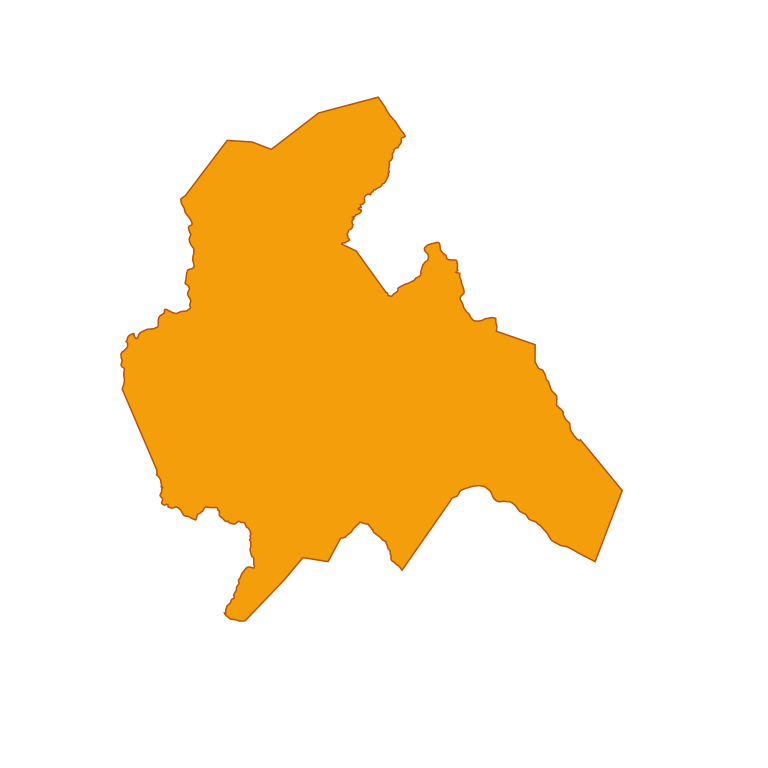 the district of Moroceli, El Paraíso, Honduras, rotated 108°
{"feature_id": "27666195B80695499331082", "entity_name": "Moroceli", "entity_type": "district", "adm_level": 2, "iso_a3": "HND", "parent_name": "Honduras", "parent_adm1": "El Paraíso", "projection": "orthographic", "projection_center": [-86.851, 14.169], "detail": "fine", "context": "isolated", "style": "filled", "palette": "amber", "viewbox_px": 768, "rotation_deg": 108, "n_neighbors": 0, "source": "geoboundaries", "source_scale": "gbopen_adm2", "svg_char_len": 6171}
<svg xmlns="http://www.w3.org/2000/svg" viewBox="0 0 768 768"><g transform="rotate(108 384 384)"><path d="M423.3,642.4L423.7,641.4L424.3,640.6L426.8,639.6L427.8,639.5L429.2,639.8L432.7,641.5L434.7,643.0L436.8,643.5L440.7,641.8L441.4,640.9L442.4,640.2L446.6,640.1L447.6,639.7L448.5,638.7L449.4,636.1L450.1,635.4L453.0,635.1L456.0,634.2L460.9,631.9L465.4,631.3L469.6,631.5L536.2,573.3L538.0,573.0L539.3,572.1L540.5,572.4L541.9,569.5L544.3,566.8L547.3,565.4L548.1,564.6L550.7,564.2L550.8,563.9L550.4,563.2L551.0,562.4L552.5,562.9L553.9,562.7L555.2,562.1L557.5,562.6L559.0,562.6L560.1,561.8L560.8,560.1L561.8,559.0L562.7,558.8L565.4,558.9L566.2,558.5L566.8,557.2L567.1,555.5L566.9,554.9L565.7,553.7L565.3,552.3L567.6,551.4L567.7,548.2L567.1,546.3L565.4,544.4L565.1,542.3L566.5,538.7L570.2,534.6L570.9,533.4L571.0,532.3L570.4,529.0L571.3,524.8L571.5,521.3L571.1,521.0L570.2,520.9L565.7,521.1L564.8,520.4L564.2,519.4L560.6,517.0L557.8,516.6L556.4,516.1L555.8,514.9L555.4,511.7L553.2,504.8L553.6,503.8L555.4,502.8L555.6,501.4L560.1,499.9L561.6,496.2L563.4,492.9L563.5,491.9L562.8,489.8L563.6,489.0L563.9,487.9L563.6,483.6L562.8,482.0L560.6,480.9L559.6,480.1L559.6,476.9L559.0,473.6L562.4,470.8L563.2,468.2L565.1,465.9L565.9,465.4L566.7,465.3L567.5,464.3L569.9,464.5L571.9,463.1L573.7,463.8L575.0,462.2L577.8,461.0L579.3,460.6L583.1,460.2L588.6,456.7L589.0,456.1L589.0,455.1L589.9,454.1L595.1,452.4L597.1,451.1L598.5,450.7L599.1,450.8L599.4,451.2L599.5,455.0L600.2,456.7L600.8,457.6L602.6,458.6L607.9,460.6L613.1,460.9L614.8,461.8L616.1,461.6L618.7,460.1L622.7,461.5L625.7,460.7L630.9,461.8L633.4,460.3L634.5,460.7L635.2,461.8L635.8,462.2L636.9,462.5L639.5,462.5L643.4,464.6L647.6,464.8L650.8,463.7L651.0,465.0L652.1,464.1L653.3,462.0L655.0,457.6L654.0,451.6L654.1,447.9L652.1,442.9L600.8,418.2L574.2,407.5L570.2,382.3L544.1,377.6L542.3,374.3L541.5,373.4L538.8,372.1L534.9,369.4L531.1,368.4L526.2,365.8L524.9,364.7L523.7,364.7L523.0,364.4L522.7,363.2L522.8,359.0L522.4,357.2L522.4,355.1L523.7,354.1L524.2,352.7L525.8,350.8L525.9,349.7L527.8,348.6L528.4,347.8L531.1,339.8L532.9,337.1L533.2,333.9L536.9,330.8L539.6,329.0L540.3,327.4L541.4,326.3L543.7,325.6L545.1,324.1L547.4,323.7L549.0,322.8L549.7,321.7L550.9,318.1L551.8,316.8L552.4,313.8L555.5,309.3L473.8,284.5L472.1,284.3L471.2,283.7L468.2,280.0L466.0,279.1L463.0,278.8L460.7,277.4L457.4,273.2L453.4,267.3L451.4,262.5L450.6,258.3L450.7,255.8L453.1,249.7L458.7,244.6L460.0,242.1L460.5,239.9L460.3,237.6L458.3,233.5L458.1,231.4L457.2,228.0L457.4,225.7L459.1,221.3L463.2,215.6L464.3,208.6L467.7,204.5L468.1,202.8L468.2,196.8L469.9,193.7L470.3,191.7L475.5,182.7L480.3,177.3L481.2,175.6L483.0,166.3L482.2,159.3L483.6,151.4L484.6,147.4L487.7,128.3L411.7,124.5L376.3,180.0L377.1,180.3L377.4,180.8L376.8,183.5L374.2,187.5L371.0,191.6L369.5,192.8L363.9,195.3L362.2,199.1L360.9,201.0L357.8,204.0L355.8,204.6L354.8,205.5L353.2,208.0L352.4,210.3L350.9,213.3L343.3,215.5L342.2,216.1L341.2,217.2L338.8,222.0L337.8,223.2L330.8,228.5L329.7,231.0L325.4,233.5L322.1,236.9L321.5,237.9L321.6,240.8L321.2,242.0L316.3,247.2L299.9,252.4L299.1,293.5L295.1,294.1L290.8,296.7L287.4,297.8L287.0,298.7L287.5,302.2L289.6,305.6L290.3,307.6L293.2,310.4L294.7,312.9L296.1,317.5L295.4,319.8L293.8,322.1L291.4,324.4L289.5,328.4L287.2,331.3L282.7,334.5L279.9,337.7L278.7,338.1L277.1,338.1L273.1,336.1L271.4,336.3L268.3,338.1L265.2,340.7L261.3,342.9L259.3,344.8L255.2,346.2L255.6,348.3L255.5,350.2L252.9,348.8L252.6,349.4L251.7,350.1L248.0,350.8L244.4,352.9L244.0,353.4L243.9,354.1L245.6,359.8L245.8,361.4L245.7,362.3L244.9,363.2L242.3,365.0L241.2,368.5L239.2,371.6L233.9,374.1L233.2,374.7L232.7,375.6L232.8,376.7L233.3,377.9L237.3,384.3L238.9,385.8L241.8,387.5L243.4,387.3L244.8,386.2L246.6,383.0L247.7,381.9L249.0,381.1L251.1,380.7L252.9,380.8L255.4,382.6L258.9,383.9L264.8,383.7L268.9,382.9L269.8,383.0L271.4,384.3L273.5,386.5L276.5,387.5L277.2,388.6L279.6,390.8L283.1,395.2L287.8,399.9L288.9,400.2L290.8,399.8L292.2,400.1L295.4,402.6L297.7,403.5L298.5,404.6L298.4,407.6L296.5,408.8L296.0,409.7L296.1,410.7L266.1,451.5L264.0,467.5L263.4,467.5L262.5,466.9L261.7,464.4L260.8,464.0L259.0,462.1L257.7,461.3L257.0,461.7L255.9,463.7L254.1,464.2L253.7,465.3L248.4,465.0L246.7,463.3L244.8,462.3L243.5,462.9L242.2,462.6L240.8,464.0L239.0,464.8L237.8,464.7L236.8,463.8L235.8,463.7L235.3,464.0L235.6,465.3L235.2,465.6L234.4,465.1L233.8,463.4L231.9,463.3L231.5,462.2L230.3,461.4L230.0,460.5L227.8,459.2L226.2,459.1L225.6,459.4L225.4,461.0L225.7,462.2L225.3,462.6L224.2,462.2L223.2,460.1L221.3,461.7L220.8,461.8L219.2,459.6L217.1,458.5L213.0,460.2L211.4,460.2L209.9,459.4L208.2,457.5L208.2,455.3L205.7,455.2L204.4,453.8L202.5,454.0L202.1,452.4L200.6,451.6L197.2,448.1L194.2,447.3L193.1,446.0L191.6,445.2L184.8,444.2L183.1,444.7L182.1,445.2L180.9,444.5L178.0,446.0L173.2,446.7L171.2,447.8L170.6,447.7L169.2,446.4L166.9,445.9L164.2,446.4L162.9,447.1L162.2,447.2L160.5,446.5L158.5,446.8L157.5,446.6L155.8,445.6L154.9,443.7L152.2,443.3L149.8,442.3L148.3,442.4L146.3,443.3L144.4,443.2L143.8,442.7L143.6,441.7L141.8,440.4L139.4,442.9L137.5,446.2L131.0,454.1L126.5,461.8L122.4,466.6L120.3,468.5L113.0,478.2L146.4,529.9L195.7,563.7L194.6,584.4L200.8,608.4L265.6,630.9L266.6,631.3L270.4,634.2L271.1,634.3L272.3,633.9L275.3,632.1L278.4,628.5L282.3,626.1L286.5,619.9L288.7,617.5L290.9,616.0L291.4,615.9L292.1,616.1L294.4,618.3L296.0,618.3L300.0,615.5L301.3,613.9L305.9,614.2L308.8,612.9L312.4,609.3L314.1,606.6L318.4,605.3L321.7,605.1L325.2,604.3L330.2,600.9L331.7,601.0L333.0,601.7L334.3,603.2L335.5,605.3L336.3,605.8L339.6,606.0L345.0,604.8L349.3,604.4L350.2,603.7L350.4,602.1L351.0,600.6L352.8,598.8L354.1,598.4L357.7,598.8L359.0,598.6L360.7,597.5L362.9,594.8L364.1,593.7L365.4,593.3L368.6,593.3L371.5,591.5L375.5,594.2L377.8,599.4L381.3,603.5L381.4,607.0L380.4,614.1L380.7,615.3L382.0,615.6L383.7,615.0L384.6,615.1L385.5,615.6L388.0,617.8L390.2,618.7L393.1,618.4L397.9,616.8L399.1,616.8L400.0,617.1L402.8,620.5L405.2,626.2L409.6,630.9L410.8,631.8L412.6,632.5L416.3,632.5L417.1,633.0L417.2,634.0L416.7,635.2L415.3,636.5L413.3,637.5L413.5,638.1L414.3,639.2L416.2,641.0L417.6,641.9L419.1,642.1L422.0,641.9L423.3,642.4Z" fill="#f59e0b" stroke="#b45309" stroke-width="1.5"/></g></svg>